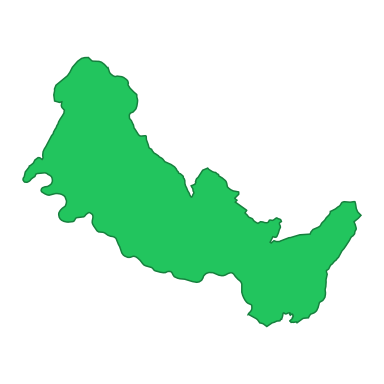 outline of Criciova, Timis, Romania
{"feature_id": "2599482B5621760837960", "entity_name": "Criciova", "entity_type": "district", "adm_level": 2, "iso_a3": "ROU", "parent_name": "Romania", "parent_adm1": "Timis", "projection": "natural_earth1", "projection_center": [22.079, 45.641], "detail": "fine", "context": "isolated", "style": "filled", "palette": "green", "viewbox_px": 384, "rotation_deg": 0, "n_neighbors": 0, "source": "geoboundaries", "source_scale": "gbopen_adm2", "svg_char_len": 5967}
<svg xmlns="http://www.w3.org/2000/svg" viewBox="0 0 384 384"><path d="M248.1,314.6L248.7,314.5L256.3,318.7L257.6,319.8L259.8,322.9L261.4,323.2L263.2,323.8L266.8,326.5L272.1,322.9L274.5,322.2L276.8,321.1L279.9,320.8L280.9,319.1L281.6,319.3L282.5,316.5L283.0,313.8L283.2,313.2L283.6,312.9L283.9,312.9L285.2,313.9L286.5,313.8L288.2,313.0L289.8,312.8L290.3,313.3L290.1,313.9L289.7,314.2L290.3,315.2L291.5,314.3L292.2,314.1L292.6,314.3L292.8,314.7L292.9,315.7L293.2,315.9L292.9,316.5L293.1,316.8L292.2,317.9L292.4,318.5L289.8,320.9L290.0,321.3L290.5,321.6L291.1,322.4L292.5,322.2L293.2,322.4L296.3,321.9L296.7,322.1L296.8,322.7L297.0,322.8L302.9,318.5L304.2,318.2L308.5,317.8L308.8,316.9L310.2,314.7L310.8,314.1L314.0,312.9L315.4,311.9L316.6,310.7L318.1,307.5L319.4,302.6L320.1,302.0L322.6,300.6L323.4,299.7L324.9,297.3L325.4,294.6L325.5,292.7L325.1,289.7L325.8,286.6L326.1,282.1L326.0,279.8L327.2,274.2L326.4,271.9L326.5,270.5L328.7,269.0L330.0,266.2L331.0,264.8L332.3,263.9L334.5,261.2L335.9,260.3L337.5,258.2L338.4,257.5L342.0,250.8L343.9,248.7L345.5,246.4L349.3,240.6L350.8,237.7L351.5,236.8L353.1,235.7L354.6,233.8L354.8,232.1L355.1,231.1L356.1,229.5L356.2,228.2L355.2,224.6L354.0,221.8L358.4,218.2L361.0,215.3L358.1,212.4L357.5,211.5L356.3,208.6L355.5,203.6L354.9,201.7L354.1,201.6L350.2,202.2L344.1,201.7L342.2,202.3L341.4,203.2L340.1,205.4L339.5,206.0L337.7,207.1L335.5,208.9L331.2,211.1L330.3,211.4L330.3,212.4L329.8,213.9L329.0,215.0L326.3,217.7L324.7,220.2L322.0,222.8L321.2,224.0L320.9,224.8L320.0,226.1L318.3,227.2L313.0,229.5L311.0,231.9L310.1,234.1L299.8,234.8L290.4,237.6L289.0,237.7L280.9,240.8L279.5,241.5L276.8,241.6L275.7,241.4L274.4,240.8L273.8,240.8L271.2,243.0L270.1,242.2L272.9,236.7L275.1,237.3L276.4,237.0L276.9,236.4L278.4,232.9L279.3,229.7L280.4,227.4L280.3,226.1L279.5,224.4L279.4,223.3L279.6,222.6L281.4,221.6L280.9,220.0L279.8,219.1L278.6,218.9L276.8,217.9L275.9,218.2L273.7,219.9L272.5,220.4L270.0,220.0L269.3,220.3L268.4,222.0L268.1,222.3L266.8,222.8L264.6,222.6L263.0,222.0L260.5,221.7L258.0,223.4L255.5,222.1L253.6,220.6L252.7,219.1L252.0,218.5L248.9,217.2L248.4,216.7L246.9,214.7L245.5,213.5L245.0,212.9L246.7,210.4L246.5,210.1L235.3,202.1L237.0,200.2L234.8,198.5L234.8,198.2L238.7,194.3L238.8,193.0L238.6,191.9L233.2,190.9L230.7,189.7L228.6,188.1L227.4,186.8L226.7,183.2L226.2,181.8L225.5,180.7L222.3,178.0L218.8,175.9L218.5,174.5L216.9,173.7L215.7,172.5L214.2,172.3L212.5,171.7L208.8,169.4L207.7,168.1L202.7,170.2L198.1,177.4L196.8,178.5L196.3,179.2L195.5,181.7L195.8,182.1L195.8,182.6L195.2,183.4L195.0,184.2L192.5,185.3L191.2,185.7L191.4,186.4L192.8,188.7L193.1,191.0L193.8,192.2L193.8,192.7L193.8,193.2L193.0,194.4L192.3,196.2L191.9,196.9L191.6,197.1L190.8,196.7L189.5,194.3L189.4,193.5L187.8,190.9L186.5,187.6L185.6,186.0L184.9,183.5L184.8,180.5L184.2,178.8L183.3,177.7L183.3,176.6L182.9,175.9L180.4,173.8L178.6,173.1L178.2,171.8L177.0,170.6L176.3,169.0L174.6,166.9L171.1,164.5L164.8,161.7L162.9,159.2L162.0,158.4L160.6,157.5L159.4,157.0L158.4,155.8L155.5,153.8L154.4,153.3L153.8,152.7L152.3,150.8L151.6,149.3L150.0,148.5L149.0,147.7L148.1,144.3L146.4,139.7L146.2,136.2L145.8,135.9L145.3,135.7L140.9,136.1L139.8,135.8L138.5,134.7L134.9,129.0L134.1,128.1L133.4,124.8L132.8,123.8L131.4,120.7L129.5,118.4L129.3,115.7L129.4,114.7L130.4,113.1L133.1,112.0L135.7,109.2L136.1,108.4L136.9,105.9L137.4,102.7L137.6,100.7L137.5,99.5L136.8,96.9L136.8,95.0L136.7,94.5L133.7,91.9L130.0,88.1L128.2,85.2L128.0,84.0L128.3,83.5L128.3,83.0L127.9,81.4L127.5,80.6L126.3,79.4L123.7,77.5L121.8,76.7L117.2,76.1L115.1,76.6L113.1,75.8L110.7,73.9L109.6,72.5L108.0,67.6L107.5,67.8L104.4,64.4L101.5,62.2L99.1,61.4L92.4,61.1L91.3,60.3L88.4,57.5L84.7,57.6L81.6,58.4L77.6,61.3L72.4,67.3L69.8,72.4L67.5,75.7L56.0,85.2L54.5,88.9L54.6,90.8L53.8,94.9L54.6,101.0L59.5,102.4L61.8,101.8L61.3,105.8L61.9,107.4L63.9,109.7L64.4,110.1L64.0,112.1L64.0,113.0L62.1,116.2L60.4,118.7L58.6,121.9L57.9,124.1L57.0,125.4L56.0,128.0L55.4,128.7L53.5,132.2L53.3,133.5L51.5,135.8L45.9,146.5L44.4,148.8L43.1,151.7L42.7,155.2L42.9,156.9L43.1,157.4L42.5,159.1L42.1,159.5L40.2,158.0L39.5,157.7L38.1,157.6L34.9,160.0L33.5,162.8L33.0,163.4L30.0,165.8L29.4,165.9L28.9,167.3L25.3,171.9L24.2,176.8L23.2,178.2L23.0,179.9L24.0,181.5L24.7,182.1L27.0,182.3L28.8,181.5L30.1,180.5L31.2,179.1L32.8,177.8L34.9,176.5L35.6,174.8L36.2,173.9L37.5,173.5L45.1,172.8L47.1,173.6L48.1,174.5L49.7,175.2L51.3,176.5L52.0,177.9L52.3,179.3L52.4,181.1L52.0,182.5L51.3,183.9L49.5,185.4L47.5,186.5L45.0,186.8L42.6,187.7L41.8,188.4L41.4,189.1L41.1,190.3L41.2,190.9L41.8,191.9L44.8,193.8L47.3,194.9L49.1,195.2L55.2,193.6L57.0,193.5L60.1,193.9L61.9,194.5L63.8,195.6L65.0,196.8L66.5,200.9L66.4,202.6L66.0,204.3L65.2,206.2L62.4,208.2L60.7,209.9L59.7,211.3L58.8,213.1L58.7,214.7L59.2,217.2L60.3,219.1L61.7,220.3L64.0,221.4L66.7,222.0L68.2,222.1L73.0,221.6L74.2,220.9L75.7,218.3L76.6,217.7L83.8,216.8L84.9,215.9L86.0,214.5L87.4,213.4L88.7,212.6L90.0,212.7L92.4,214.5L92.9,216.0L92.9,217.6L92.3,220.6L92.2,222.3L92.5,223.7L93.5,225.7L97.0,230.8L98.6,231.9L103.0,232.3L104.5,232.8L107.9,235.2L110.4,236.2L113.0,236.6L114.5,237.2L116.0,238.4L118.4,244.3L119.7,246.7L121.8,252.9L123.3,255.0L124.6,256.0L127.6,257.3L129.1,257.4L130.6,257.2L133.0,256.3L134.1,256.3L135.8,256.8L137.6,258.0L140.2,260.4L142.7,263.7L144.1,265.1L145.9,265.9L151.6,267.5L152.9,268.6L153.9,270.0L155.1,270.8L160.2,272.2L163.3,272.7L165.5,272.6L167.1,271.7L168.8,271.4L170.8,271.6L171.9,272.6L173.1,275.0L174.3,276.7L177.6,278.2L180.1,278.8L184.7,279.2L192.6,281.6L196.7,282.3L199.1,281.9L201.6,280.3L202.9,278.1L203.7,275.8L205.7,273.8L207.1,273.1L209.0,272.5L213.0,272.7L218.9,275.2L221.9,275.7L223.5,275.6L225.4,275.0L228.1,273.5L230.3,272.8L231.8,272.8L232.9,273.4L233.8,274.2L235.3,276.4L238.0,279.3L240.0,280.9L241.2,282.4L241.8,284.1L241.8,292.2L242.7,295.4L243.7,297.7L245.0,300.1L246.6,302.2L248.0,303.3L251.2,304.7L251.8,305.6L251.9,308.6L251.3,310.4L250.1,312.0L248.6,313.5L248.1,314.6Z" fill="#22c55e" stroke="#15803d" stroke-width="1.5"/></svg>